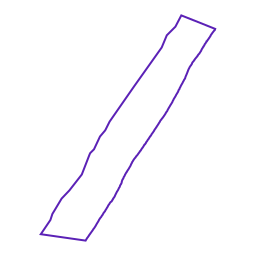 Pinamar, Buenos Aires, Argentina (Mercator projection)
{"feature_id": "61730980B99310691740446", "entity_name": "Pinamar", "entity_type": "district", "adm_level": 2, "iso_a3": "ARG", "parent_name": "Argentina", "parent_adm1": "Buenos Aires", "projection": "mercator", "projection_center": [-56.846, -37.107], "detail": "fine", "context": "isolated", "style": "outline", "palette": "violet", "viewbox_px": 256, "rotation_deg": 0, "n_neighbors": 0, "source": "geoboundaries", "source_scale": "gbopen_adm2", "svg_char_len": 5570}
<svg xmlns="http://www.w3.org/2000/svg" viewBox="0 0 256 256"><path d="M85.6,240.6L86.1,239.7L86.7,238.8L87.0,238.2L87.5,237.6L88.3,236.5L88.4,236.3L88.7,236.0L88.8,235.7L89.3,234.9L89.7,234.5L89.8,234.2L90.2,233.8L90.5,233.2L90.8,232.9L91.1,232.5L91.3,232.2L91.6,231.7L91.9,231.3L92.2,231.0L92.4,230.6L92.6,230.4L93.4,229.1L93.5,228.9L94.0,228.4L95.5,226.1L95.7,225.7L95.8,225.6L95.9,225.4L96.0,225.2L96.2,224.8L96.4,224.5L96.6,224.1L96.9,223.6L97.1,223.3L97.5,222.6L97.9,222.0L98.3,221.4L98.4,221.2L98.7,220.5L98.9,220.2L99.0,219.9L99.4,219.3L99.7,218.8L99.9,218.6L100.1,218.2L100.5,217.7L101.0,217.2L101.5,216.4L101.8,215.8L102.3,215.3L102.4,215.0L102.6,214.8L102.9,214.2L103.4,213.4L103.6,212.9L104.3,212.1L104.7,211.5L104.9,211.4L105.6,210.0L106.3,209.0L107.0,207.7L107.4,207.2L108.3,205.4L108.7,204.8L109.0,204.5L109.2,204.3L109.5,203.6L109.8,203.2L110.1,202.7L110.5,202.2L111.1,201.7L111.4,201.5L111.5,201.5L111.7,201.3L111.9,200.9L112.1,200.4L112.3,200.3L112.4,200.1L112.8,199.3L113.0,199.1L113.0,198.9L113.3,198.6L113.4,198.3L113.7,197.9L113.8,197.6L114.1,197.4L114.4,196.9L114.5,196.8L114.6,196.6L114.8,196.3L114.9,195.8L115.5,194.6L115.6,194.3L115.7,194.1L116.0,193.7L116.3,192.9L116.6,192.5L116.9,191.7L117.3,191.2L117.6,190.7L118.1,189.9L118.2,189.7L118.7,188.6L118.8,188.3L119.0,187.9L119.6,187.1L119.8,186.6L120.1,185.5L120.3,185.2L120.9,184.2L121.1,184.0L121.2,183.6L121.3,183.5L121.5,183.1L121.7,182.3L121.8,182.0L121.8,181.5L121.9,181.3L122.3,180.0L122.4,179.9L122.7,179.3L122.8,179.1L123.1,178.8L123.2,178.5L123.5,178.0L123.6,177.5L123.7,177.2L124.0,176.7L124.5,176.0L124.8,175.3L124.9,175.1L125.0,174.7L125.3,174.3L125.9,173.1L126.2,172.8L126.4,172.3L126.7,172.1L126.9,171.7L127.1,171.2L127.7,170.4L127.8,170.1L128.2,169.6L128.4,169.3L128.6,169.0L129.0,168.3L129.7,167.1L129.9,166.8L130.6,165.6L131.0,164.5L131.4,163.8L131.5,163.4L132.0,162.8L132.3,161.8L132.7,161.4L133.4,160.1L133.6,159.9L133.7,159.7L134.4,158.7L135.0,158.0L135.2,157.7L135.6,157.4L135.7,157.1L135.9,156.7L136.3,156.3L136.5,155.9L136.9,155.6L137.3,155.1L137.7,154.6L138.7,153.1L139.2,152.6L139.8,151.6L139.8,151.4L140.3,150.9L140.5,150.8L140.8,150.4L141.0,150.0L141.3,149.5L141.8,148.7L142.2,148.1L142.5,147.8L142.7,147.6L143.1,146.9L143.3,146.6L143.6,146.1L143.8,145.8L144.0,145.5L144.0,145.3L144.2,145.0L144.4,144.9L144.6,144.5L145.0,144.3L145.2,143.9L145.6,143.5L145.9,143.0L145.9,142.7L146.2,142.2L146.8,141.5L147.0,141.2L147.4,140.6L147.8,139.8L148.3,139.3L148.5,139.1L148.5,138.9L148.9,138.4L149.0,138.1L149.2,137.9L149.4,137.6L149.7,137.2L149.9,136.8L149.9,136.6L150.3,136.2L150.5,136.1L150.8,135.7L151.3,134.9L151.6,134.2L151.8,134.0L152.0,133.7L152.3,133.3L152.5,133.0L152.6,132.9L152.9,132.5L153.1,132.2L153.7,131.3L154.2,130.6L154.2,130.4L154.6,129.7L155.0,129.1L155.4,128.7L155.8,128.0L155.9,127.8L156.4,127.3L156.5,126.9L156.8,126.4L157.5,125.5L157.9,124.8L158.0,124.6L158.2,124.3L158.3,124.2L158.6,123.8L158.7,123.5L159.0,123.0L159.1,122.9L159.4,122.4L159.6,122.1L159.8,121.9L160.1,121.2L160.4,120.6L161.1,119.8L161.4,119.5L161.7,118.9L161.8,118.8L161.9,118.7L162.1,118.4L162.6,117.9L162.9,117.5L163.1,117.1L163.3,116.9L163.7,116.4L163.8,116.2L164.0,115.8L164.4,115.4L164.7,114.8L165.4,113.8L165.6,113.5L165.7,113.1L166.0,112.7L166.3,112.1L166.9,111.5L167.0,111.3L167.2,111.0L167.5,110.4L167.7,109.8L168.0,109.3L168.3,108.8L168.7,108.2L168.8,107.8L169.1,107.4L169.4,106.9L169.7,106.5L169.9,106.1L170.3,105.3L170.9,104.5L171.1,104.1L171.3,103.8L171.4,103.6L171.6,103.3L171.8,103.0L172.2,102.3L172.4,102.0L172.5,101.6L173.0,100.5L173.4,99.9L173.5,99.7L173.6,99.3L174.7,97.5L174.8,97.4L175.1,96.8L175.3,96.6L175.6,96.0L176.0,95.3L176.2,94.7L176.8,93.9L177.1,93.3L177.4,92.9L177.7,92.2L178.1,91.8L178.4,90.7L178.6,90.1L178.9,89.8L179.1,89.5L179.3,89.3L179.3,89.1L179.5,88.9L179.6,88.5L179.7,88.1L180.3,87.1L180.5,86.6L180.9,85.8L181.2,85.3L181.4,84.8L181.7,84.4L182.0,83.8L182.4,83.2L183.0,81.9L183.1,81.7L183.3,81.4L183.6,80.9L184.2,79.6L184.7,79.0L184.9,78.6L185.1,78.4L185.2,77.9L185.4,77.2L185.7,76.4L186.1,75.5L186.1,75.4L186.3,75.0L186.6,74.4L186.7,74.0L187.1,73.1L187.2,72.8L187.4,72.4L187.5,71.9L187.7,71.6L188.2,70.1L188.4,69.8L188.7,69.0L188.9,68.7L189.2,68.2L189.4,67.7L189.5,67.4L190.1,66.5L190.5,65.9L190.7,65.6L191.1,65.2L191.2,64.9L191.3,64.8L191.9,63.8L192.0,63.7L192.1,63.2L192.2,62.9L192.4,62.5L192.6,62.3L192.8,62.0L193.2,61.6L193.4,61.3L193.8,60.9L194.0,60.6L194.1,60.3L194.2,60.1L194.4,60.0L194.6,59.8L194.8,59.4L195.1,58.9L196.2,57.6L196.4,57.3L197.0,56.7L197.3,56.1L197.7,55.8L197.9,55.2L198.2,54.9L198.5,54.4L198.9,54.0L199.3,53.7L199.5,53.3L199.7,53.0L199.8,52.8L200.2,52.2L200.6,51.6L200.9,51.1L201.1,50.9L201.4,50.1L201.6,49.6L201.9,49.0L202.4,48.4L202.5,48.1L202.6,47.9L203.1,47.1L203.4,46.8L203.4,46.5L203.5,46.4L203.8,46.1L204.1,45.6L204.3,45.4L204.5,44.7L204.8,44.1L205.2,43.7L205.5,43.4L205.6,43.2L205.8,42.7L205.9,42.4L206.1,42.2L206.3,42.0L206.7,41.5L206.7,41.4L206.8,41.4L207.1,41.0L207.2,40.8L207.3,40.6L207.4,40.4L207.6,40.1L207.8,39.9L207.9,39.7L208.1,39.6L208.4,39.2L208.5,38.9L208.9,38.2L209.2,38.0L209.4,37.6L209.5,37.5L210.0,36.7L210.2,36.3L210.5,36.0L210.6,35.6L210.8,35.2L211.3,34.4L211.8,33.8L211.9,33.7L212.1,33.3L212.2,33.2L212.4,32.9L212.5,32.7L212.8,32.4L213.3,31.7L213.8,31.1L214.1,30.7L214.4,30.4L214.5,30.3L214.7,30.2L215.0,29.5L215.2,28.9L181.3,15.4L175.4,26.7L166.8,35.3L161.7,47.5L134.0,86.5L109.6,121.6L105.5,129.8L105.0,130.6L100.0,136.5L94.0,149.3L90.2,153.1L89.6,154.4L81.8,174.5L69.4,190.4L61.6,198.6L54.9,209.8L52.4,213.9L50.4,220.0L40.8,234.2L85.6,240.6Z" fill="none" stroke="#5b21b6" stroke-width="2"/></svg>